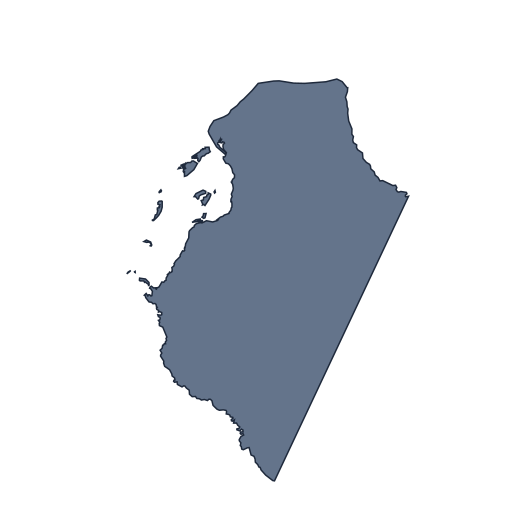 Patagones, Buenos Aires, Argentina, rotated 206°
{"feature_id": "61730980B24175536898784", "entity_name": "Patagones", "entity_type": "district", "adm_level": 2, "iso_a3": "ARG", "parent_name": "Argentina", "parent_adm1": "Buenos Aires", "projection": "orthographic", "projection_center": [-62.373, -40.182], "detail": "fine", "context": "isolated", "style": "filled", "palette": "slate", "viewbox_px": 512, "rotation_deg": 206, "n_neighbors": 0, "source": "geoboundaries", "source_scale": "gbopen_adm2", "svg_char_len": 6148}
<svg xmlns="http://www.w3.org/2000/svg" viewBox="0 0 512 512"><g transform="rotate(206 256 256)"><path d="M140.8,62.0L145.1,376.6L147.3,374.9L147.9,375.1L148.4,376.3L147.6,378.1L148.7,379.1L154.1,377.5L155.6,376.0L157.1,375.8L159.3,377.1L159.4,379.2L161.6,380.8L163.9,379.3L175.2,379.3L177.5,377.8L180.8,380.1L184.4,380.9L186.6,383.4L191.1,384.7L192.6,387.1L194.1,388.2L197.8,388.5L202.6,390.5L205.5,395.3L211.3,396.1L213.2,397.5L214.2,400.0L218.2,400.6L219.9,402.6L220.8,406.1L223.2,407.4L225.5,412.3L231.8,417.9L236.2,424.5L237.7,428.4L239.6,430.3L241.9,434.4L245.2,437.9L245.9,443.8L247.3,447.4L247.7,447.1L255.0,450.5L260.9,450.5L269.6,443.2L287.9,432.5L297.9,427.9L311.9,423.6L316.8,421.0L328.6,412.9L329.7,412.1L332.0,403.1L335.9,391.6L337.7,387.9L338.9,382.9L342.4,376.2L342.5,372.8L343.2,370.7L346.1,366.7L353.2,359.2L354.1,352.3L353.6,347.2L351.5,345.0L339.3,336.8L328.3,333.9L328.6,335.9L336.2,337.9L338.1,339.5L339.3,339.5L340.0,340.8L339.3,342.5L339.8,343.6L339.2,344.5L339.3,345.4L338.7,344.6L338.8,345.7L338.1,345.8L338.1,344.5L338.6,343.7L337.8,342.8L338.1,342.2L336.2,342.7L336.2,343.9L334.5,344.2L333.8,343.7L334.4,341.7L333.8,340.1L331.9,337.6L327.9,335.9L327.4,332.5L327.6,331.3L328.8,330.8L328.0,329.0L323.8,326.2L321.2,326.8L318.6,325.8L315.9,323.9L313.4,320.7L310.9,319.6L309.7,316.9L310.4,315.4L310.6,313.2L310.1,312.2L310.6,311.6L308.4,310.2L306.1,306.9L305.5,304.8L305.3,300.8L303.5,299.0L303.4,296.1L302.4,293.8L301.8,294.2L300.5,292.4L299.1,289.4L299.3,288.4L298.7,286.2L299.3,283.2L298.9,282.4L302.5,278.9L303.1,277.2L305.0,275.4L306.8,271.7L305.9,271.9L306.2,271.0L309.9,267.6L316.0,266.0L318.5,262.7L319.1,262.9L319.2,262.0L320.6,261.6L323.8,258.9L324.8,256.5L324.4,254.9L325.4,253.7L326.8,249.8L326.8,248.4L324.4,242.8L324.6,236.1L323.9,234.1L323.8,232.0L323.4,232.1L323.4,230.9L322.6,229.9L323.0,228.7L324.2,228.5L324.4,227.5L324.6,223.6L323.9,222.3L326.0,216.4L326.3,213.2L325.7,212.9L325.5,210.8L326.6,208.8L325.1,206.6L324.9,205.2L324.3,205.7L325.5,203.6L326.6,203.6L326.4,202.8L327.1,201.8L326.7,201.4L327.5,200.3L326.8,199.7L327.1,196.9L326.2,194.8L327.0,193.8L327.4,191.9L329.2,191.4L329.6,185.8L331.3,183.2L331.0,182.6L331.6,182.6L331.6,183.8L334.1,182.4L336.8,183.0L337.6,181.8L337.5,180.4L336.3,180.4L333.6,178.8L332.2,174.7L332.9,174.0L334.5,174.5L335.7,173.9L335.7,172.7L338.3,174.2L339.2,171.8L338.3,171.8L336.8,170.2L332.0,167.8L329.6,168.6L327.7,167.9L326.0,169.0L324.6,168.7L323.3,166.9L322.3,166.6L322.7,165.6L321.7,164.5L319.7,164.4L319.1,162.8L318.4,163.7L316.0,163.9L315.0,161.9L315.8,161.0L318.5,160.1L317.1,158.7L315.6,158.8L314.8,158.1L314.5,156.4L315.5,155.4L313.5,154.3L313.4,152.9L312.3,151.1L308.6,151.2L300.6,144.1L300.7,142.4L299.4,141.0L299.8,138.8L298.8,137.5L300.0,136.9L300.1,135.4L300.8,134.9L299.9,131.9L300.9,129.3L298.1,127.5L298.3,125.2L297.9,124.2L292.8,121.1L292.1,119.2L289.7,116.8L283.8,115.9L280.0,113.1L278.8,111.4L275.8,110.8L274.5,109.1L275.3,108.3L275.1,107.2L273.9,106.8L271.8,108.3L270.3,106.1L265.1,105.9L264.0,107.7L262.8,107.9L260.7,106.8L257.2,106.1L255.2,102.6L251.7,101.6L248.8,103.2L246.7,102.0L244.3,102.9L241.9,102.6L239.5,104.4L236.3,104.8L235.5,106.7L234.2,107.2L232.2,106.6L229.1,102.9L223.9,101.2L221.3,101.3L217.9,103.4L215.2,104.1L214.3,103.4L213.5,101.0L211.1,101.6L209.7,101.5L208.6,100.2L206.1,100.8L205.6,100.0L206.5,98.1L205.8,97.1L204.8,97.2L203.6,99.2L202.9,96.0L200.2,97.3L198.3,95.9L195.6,95.2L195.8,93.6L197.4,92.2L197.0,91.4L193.9,91.7L193.2,94.0L191.5,93.9L190.6,92.3L192.7,91.0L192.4,89.6L191.3,89.2L189.9,90.7L188.6,89.7L190.4,87.2L190.6,83.6L190.0,82.6L187.7,81.4L187.0,78.7L185.7,78.3L184.2,76.2L182.5,76.3L179.7,79.8L178.2,80.8L173.2,75.0L170.0,75.1L167.8,73.1L166.2,70.4L163.0,69.3L160.9,67.6L159.6,67.8L157.6,65.9L151.2,63.3L142.5,61.5L140.8,62.0ZM357.3,300.4L355.2,296.2L353.4,297.9L349.7,306.4L349.2,313.5L353.9,314.0L355.3,313.2L355.7,311.4L358.7,309.8L359.7,307.5L359.8,305.4L360.7,303.3L359.9,302.8L358.8,303.5L359.6,304.8L359.4,305.6L358.0,303.8L357.2,304.3L359.0,302.1L358.4,300.0L357.5,299.5L357.4,300.7L356.7,300.8L357.3,300.4ZM353.3,318.9L351.0,318.3L350.3,316.4L348.7,315.7L348.2,317.5L348.5,320.9L347.7,322.5L346.5,323.2L345.4,326.3L344.1,327.3L342.8,329.7L344.3,330.8L345.9,333.2L349.4,331.4L348.6,330.3L350.9,329.1L350.2,328.6L351.9,327.2L352.0,325.6L356.4,318.3L355.5,318.3L353.3,320.6L352.9,320.1L353.3,318.9ZM364.3,254.1L363.4,249.8L364.5,248.8L363.7,244.6L364.9,242.8L364.6,242.5L363.6,242.9L362.1,247.0L361.3,249.8L360.9,254.6L361.7,258.7L364.2,263.9L364.8,264.1L367.1,262.8L367.6,261.0L366.8,259.5L364.8,259.9L364.8,258.0L364.2,258.1L364.1,257.0L365.7,255.9L364.9,254.1L364.3,254.1ZM326.6,279.2L326.5,278.4L325.5,279.4L324.0,279.0L323.1,286.3L323.3,290.7L323.8,291.8L326.7,291.8L326.0,290.3L326.9,289.2L326.4,287.7L328.7,285.7L327.9,283.4L329.6,281.8L326.6,279.2ZM336.2,282.8L333.3,281.6L332.7,282.3L333.3,285.1L332.3,286.8L328.7,290.3L329.5,292.1L332.5,292.0L337.3,285.8L337.7,282.2L336.2,282.8ZM340.2,183.3L339.7,182.5L339.3,183.0L340.6,185.3L345.2,186.9L350.9,185.1L350.2,183.1L349.3,182.8L345.9,184.4L344.7,183.5L344.4,184.1L340.2,183.3ZM356.1,218.5L354.5,219.1L354.5,220.2L356.8,222.4L361.5,222.3L363.1,219.8L360.2,220.3L357.8,221.9L355.3,220.5L355.2,219.4L356.1,218.5ZM319.5,272.3L321.7,271.1L321.1,268.8L321.6,267.2L319.5,266.9L318.6,268.0L319.5,272.3ZM322.3,264.8L325.8,262.4L328.2,258.2L324.2,261.2L323.7,262.3L321.8,264.1L322.3,264.8ZM357.0,316.9L356.2,315.8L355.0,316.9L354.5,316.6L352.9,317.5L356.1,318.0L357.0,316.9ZM361.6,306.6L363.2,304.7L362.6,304.1L361.7,304.3L361.8,305.4L361.1,304.3L360.5,304.9L361.6,306.6ZM370.5,273.8L371.2,271.4L370.7,270.0L370.6,271.3L369.6,271.7L369.5,273.1L370.5,273.8ZM319.1,264.5L320.8,263.8L322.3,260.8L319.6,262.9L319.8,263.8L319.1,264.5ZM320.8,294.4L320.4,295.4L321.6,296.9L321.8,295.2L320.8,294.4ZM363.0,302.6L363.9,302.0L364.1,300.4L361.9,302.1L363.0,302.6ZM321.7,263.8L323.5,262.2L324.0,261.1L322.3,262.2L321.7,263.8ZM360.4,307.7L360.9,306.6L360.3,305.3L360.0,305.6L360.4,307.7ZM362.3,188.0L363.9,185.5L364.3,183.3L362.5,187.0L362.3,188.0ZM358.3,188.5L357.9,188.2L357.3,188.2L357.9,189.2L358.3,188.5Z" fill="#64748b" stroke="#1e293b" stroke-width="1.5"/></g></svg>